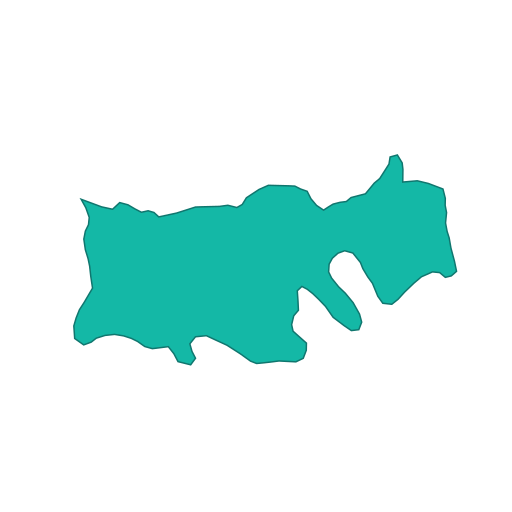 the district of Mato Queimado, Rio Grande do Sul, Brazil, rotated 160°
{"feature_id": "56859067B13122531384291", "entity_name": "Mato Queimado", "entity_type": "district", "adm_level": 2, "iso_a3": "BRA", "parent_name": "Brazil", "parent_adm1": "Rio Grande do Sul", "projection": "orthographic", "projection_center": [-54.664, -28.247], "detail": "fine", "context": "isolated", "style": "filled", "palette": "teal", "viewbox_px": 512, "rotation_deg": 160, "n_neighbors": 0, "source": "geoboundaries", "source_scale": "gbopen_adm2", "svg_char_len": 1937}
<svg xmlns="http://www.w3.org/2000/svg" viewBox="0 0 512 512"><g transform="rotate(160 256 256)"><path d="M400.9,369.1L399.4,359.5L399.5,349.3L402.7,342.7L407.8,337.8L412.0,330.8L414.2,320.3L414.7,310.9L415.8,303.3L418.2,293.5L420.6,281.7L433.3,271.2L440.3,265.9L446.2,259.3L451.1,252.6L454.6,240.5L448.3,231.4L440.4,231.4L434.2,233.4L425.0,233.0L415.7,230.7L407.7,226.2L401.4,221.3L396.5,216.2L391.5,209.0L385.1,204.4L378.2,202.8L369.4,200.8L366.6,192.3L365.4,183.4L354.6,176.1L347.8,180.6L348.8,188.3L348.2,196.1L340.5,200.8L329.9,198.1L322.6,190.8L313.8,182.1L304.2,169.5L297.1,159.1L292.2,154.8L285.7,153.1L278.3,151.3L270.3,149.5L260.4,145.3L254.7,142.9L246.6,143.7L241.0,150.2L238.4,156.9L243.5,166.3L246.9,172.7L246.0,179.3L241.0,186.9L234.7,190.5L231.9,199.5L229.1,209.2L223.3,211.7L219.2,207.2L215.5,201.2L211.9,193.9L207.9,184.8L204.5,172.0L197.0,160.4L191.9,153.3L184.6,151.6L179.3,157.7L178.6,166.0L180.7,178.9L184.8,190.5L188.9,198.8L192.5,209.3L193.2,216.2L190.1,223.3L185.0,227.8L178.0,230.6L170.9,230.6L164.0,225.7L160.1,214.2L159.9,207.5L158.1,198.1L155.9,190.5L155.3,176.5L153.0,168.2L144.9,164.2L137.4,166.7L128.6,171.3L116.8,176.5L107.6,179.9L95.6,180.7L89.1,177.6L85.4,171.2L79.3,170.5L72.8,173.0L71.3,183.2L70.1,196.8L68.3,206.9L68.0,213.8L66.6,222.2L62.1,231.6L60.9,239.0L58.4,245.4L57.4,255.0L69.2,265.2L78.7,271.5L92.8,275.3L88.3,287.2L86.8,293.5L88.6,302.6L96.1,303.2L99.6,296.9L107.3,291.0L113.2,286.5L120.0,284.0L126.1,280.4L131.9,277.0L139.1,277.7L146.7,278.4L152.5,276.3L158.7,277.7L165.8,278.4L171.3,277.3L176.8,276.0L181.8,282.8L184.8,291.0L185.8,299.3L191.3,303.8L195.6,308.4L200.9,310.6L220.2,318.2L230.4,317.5L245.1,314.0L251.3,309.1L257.4,308.1L265.1,313.3L273.4,315.1L281.7,317.9L290.0,320.7L296.1,322.7L315.9,323.5L334.0,326.0L337.0,331.8L341.9,335.4L348.7,336.3L353.6,341.6L358.8,347.9L365.8,352.8L374.8,349.0L384.3,355.0L400.9,369.1Z" fill="#14b8a6" stroke="#0f766e" stroke-width="1.5"/></g></svg>